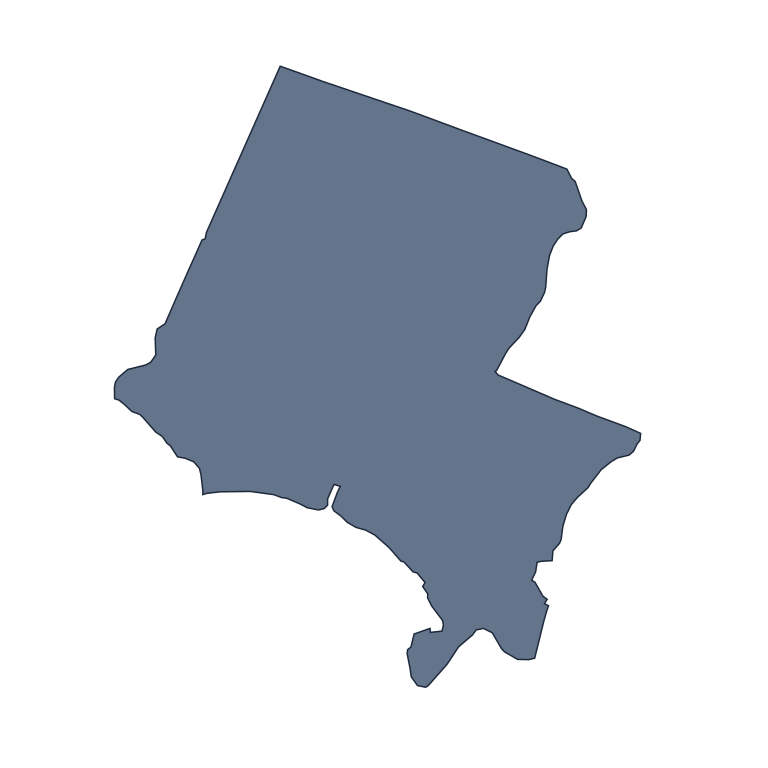 the district of Central Honiara, Capital Territory (Honiara), Solomon Islands, rotated 193°
{"feature_id": "97153195B38090868085036", "entity_name": "Central Honiara", "entity_type": "district", "adm_level": 2, "iso_a3": "SLB", "parent_name": "Solomon Islands", "parent_adm1": "Capital Territory (Honiara)", "projection": "natural_earth1", "projection_center": [159.962, -9.442], "detail": "fine", "context": "isolated", "style": "filled", "palette": "slate", "viewbox_px": 768, "rotation_deg": 193, "n_neighbors": 0, "source": "geoboundaries", "source_scale": "gbopen_adm2", "svg_char_len": 2088}
<svg xmlns="http://www.w3.org/2000/svg" viewBox="0 0 768 768"><g transform="rotate(193 384 384)"><path d="M535.6,235.5L532.0,237.6L519.3,242.1L490.3,249.2L466.6,251.4L457.9,250.3L453.3,250.8L439.2,248.3L431.1,246.2L419.5,246.5L414.3,249.1L411.7,253.3L413.1,259.4L410.2,274.8L403.6,274.5L405.1,267.6L407.0,252.8L404.3,249.2L396.2,245.6L388.8,241.0L379.1,238.0L369.1,237.5L359.0,234.8L342.7,226.0L339.9,224.1L327.8,215.3L324.5,215.1L313.5,207.5L309.3,207.3L299.3,199.8L300.8,195.4L294.2,189.4L293.4,185.4L287.8,178.6L273.9,166.9L271.9,162.7L271.9,156.3L282.9,152.4L284.2,156.2L298.4,147.2L298.6,133.7L301.2,130.5L300.9,126.7L294.5,112.4L291.5,104.7L283.5,97.7L275.2,97.9L273.2,99.8L259.6,124.9L256.4,133.3L252.2,144.7L241.4,159.3L238.8,165.2L232.1,168.2L222.6,166.0L210.0,152.6L206.3,150.1L191.8,145.7L180.9,148.0L175.5,150.7L174.9,189.9L174.3,200.8L173.8,204.9L178.2,206.1L176.6,210.9L181.4,213.0L192.4,224.9L196.0,226.0L194.0,235.1L194.7,244.8L190.7,246.7L180.4,249.7L181.9,259.4L177.2,268.1L176.4,272.2L177.7,285.5L176.9,298.1L174.3,308.8L172.1,313.1L169.7,317.5L161.9,328.9L160.2,333.9L153.1,349.4L145.2,359.4L139.9,364.5L132.1,368.4L129.2,369.9L125.7,374.7L123.9,382.4L121.9,386.6L122.8,393.6L139.1,396.8L169.6,400.7L188.1,404.0L214.0,407.4L220.6,408.6L274.6,418.4L278.6,421.1L277.3,422.5L272.3,441.4L270.2,447.1L262.9,459.6L259.0,469.0L257.0,482.2L253.4,494.6L250.2,500.0L248.2,509.2L248.2,514.6L251.0,532.6L251.6,546.4L250.2,556.3L247.3,564.2L243.5,570.4L237.2,574.2L230.9,576.5L226.9,580.4L224.7,592.8L226.0,599.6L232.1,606.6L243.4,624.5L247.3,626.4L254.1,634.5L289.0,639.3L367.0,649.0L418.7,655.7L511.4,665.0L556.6,670.3L591.1,491.8L590.9,485.2L593.7,483.4L598.4,459.1L599.3,454.9L605.8,420.8L610.9,393.4L617.4,386.6L617.3,377.3L612.9,360.9L616.1,352.9L620.5,348.9L637.0,340.5L644.1,330.8L646.1,325.3L645.9,320.1L643.2,309.1L638.7,308.7L632.7,305.9L623.5,300.5L615.1,299.4L611.8,297.5L595.6,285.8L588.2,283.0L582.2,277.5L578.1,275.5L568.8,266.6L561.0,266.9L551.8,265.4L544.9,260.3L541.9,254.4L536.4,239.0L535.6,235.5Z" fill="#64748b" stroke="#1e293b" stroke-width="1.5"/></g></svg>